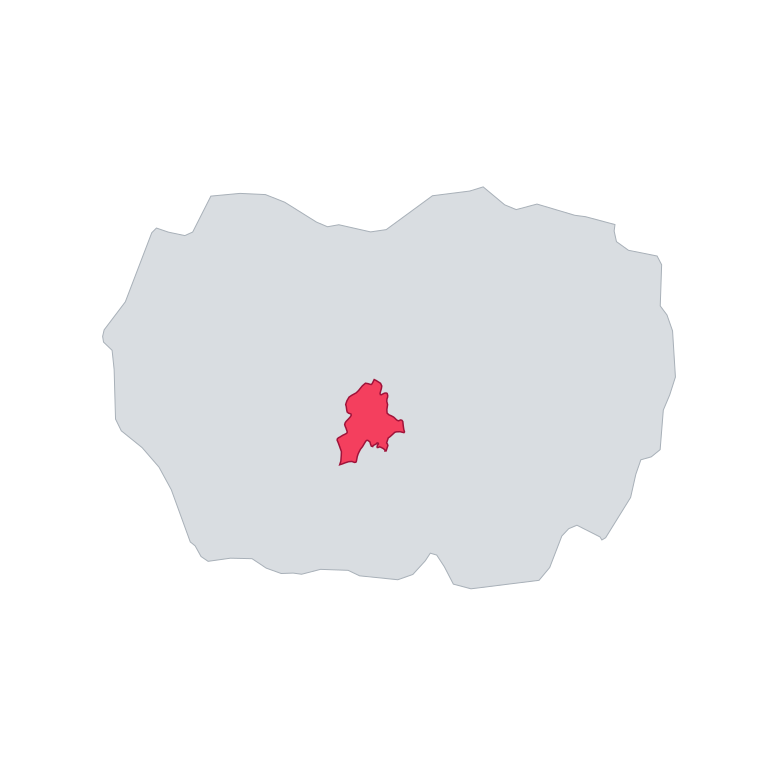 where Veles sits in North Macedonia, rotated 198°
{"feature_id": "MKD-2915", "entity_name": "Veles", "entity_type": "Statistical Region", "adm_level": 1, "iso_a3": "MKD", "parent_name": "North Macedonia", "parent_adm1": "", "projection": "orthographic", "projection_center": [21.727, 41.757], "detail": "fine", "context": "in_parent", "style": "filled", "palette": "rose", "viewbox_px": 768, "rotation_deg": 198, "n_neighbors": 0, "source": "natural_earth", "source_scale": "10m", "svg_char_len": 2813}
<svg xmlns="http://www.w3.org/2000/svg" viewBox="0 0 768 768"><g transform="rotate(198 384 384)"><path d="M348.4,194.1L360.6,195.7L387.1,188.1L403.6,177.6L412.0,176.1L423.2,172.0L439.2,172.5L455.5,177.1L476.2,170.9L496.5,161.0L504.7,163.4L513.6,171.7L519.4,173.9L553.6,217.7L572.3,235.4L594.3,248.7L619.4,258.3L628.5,267.7L645.1,314.3L653.0,332.0L663.7,337.2L666.3,342.3L666.9,349.0L655.4,382.2L651.6,456.1L648.6,462.0L636.0,461.8L619.3,463.6L612.9,469.4L606.7,509.2L579.8,520.8L555.3,527.5L534.6,526.2L498.2,517.1L486.3,516.1L476.2,521.5L443.8,524.5L429.6,531.5L396.1,578.0L362.1,594.0L350.6,602.1L324.6,591.7L312.2,590.7L294.1,602.4L254.7,603.4L244.0,605.4L213.6,607.0L212.4,600.6L206.9,591.2L192.8,586.7L163.8,590.1L156.8,583.2L145.4,543.6L136.2,537.1L126.0,523.7L109.0,480.7L108.9,461.9L110.3,445.5L101.1,406.9L107.3,397.3L116.3,391.3L116.6,375.9L114.4,352.3L125.7,306.3L128.6,303.0L131.3,305.3L156.9,309.3L163.6,303.5L167.9,294.4L169.7,260.7L175.9,245.2L238.0,216.1L256.2,215.1L270.1,228.8L281.0,237.6L287.7,237.4L290.1,228.6L297.7,211.8L310.4,202.1L348.0,194.0L348.4,194.1Z" fill="#d9dde1" stroke="#a8b0b8" stroke-width="1"/><path d="M355.7,355.0L354.5,354.1L353.0,350.7L351.1,346.8L349.7,344.8L349.9,344.2L350.0,343.9L354.0,343.6L357.5,342.3L358.8,341.4L360.0,339.2L361.9,335.9L363.3,334.0L363.3,330.3L363.3,328.7L362.2,328.0L361.3,326.7L361.3,325.3L361.3,322.9L361.3,321.0L362.4,320.6L362.5,321.4L364.7,322.4L367.1,322.8L368.7,322.9L369.8,321.9L370.7,321.5L371.2,322.0L371.3,324.2L370.8,325.2L371.1,325.9L372.3,325.9L373.1,324.3L374.3,323.2L375.3,322.0L375.4,321.0L376.9,321.0L378.3,322.7L379.4,324.5L382.0,325.4L383.1,325.0L383.7,323.8L384.4,320.8L385.1,317.7L386.2,314.8L386.7,311.9L387.0,309.5L387.0,306.6L386.7,304.4L386.4,301.9L386.6,300.9L387.8,300.3L390.6,300.4L393.6,299.2L396.9,296.8L398.7,295.3L401.2,293.5L401.2,294.1L401.2,297.3L402.6,303.0L403.6,306.5L406.4,310.2L409.3,313.9L411.3,316.2L411.4,317.6L410.6,318.9L409.4,320.1L407.4,322.5L406.1,323.7L404.7,325.1L404.0,326.3L404.4,327.5L405.2,328.5L406.6,330.4L407.7,331.6L408.9,333.3L408.9,335.4L408.4,336.9L407.0,339.8L406.1,341.8L405.8,342.6L405.5,344.3L406.2,345.3L407.3,345.3L408.7,345.3L410.4,346.0L411.4,347.7L413.0,351.0L414.1,352.6L414.1,354.0L414.1,356.5L413.2,360.7L411.3,363.2L407.7,367.0L406.2,369.9L405.1,372.8L404.0,375.6L401.9,379.0L399.4,379.4L397.6,379.4L396.1,379.5L395.4,380.6L395.1,382.4L394.7,385.2L392.5,384.9L387.5,383.6L385.5,381.4L385.1,379.0L385.0,375.9L384.9,373.9L384.2,372.8L383.1,373.0L382.4,373.8L381.1,375.1L380.4,375.6L379.2,376.1L378.1,376.0L376.9,374.2L376.5,372.5L376.6,370.8L376.0,368.3L374.2,365.5L373.4,360.6L372.1,357.3L369.7,356.2L367.3,356.0L364.6,355.5L362.8,354.7L361.1,353.8L359.9,353.5L358.7,353.5L357.9,354.3L357.0,355.0L355.7,355.0Z" fill="#f43f5e" stroke="#9f1239" stroke-width="1.5"/></g></svg>